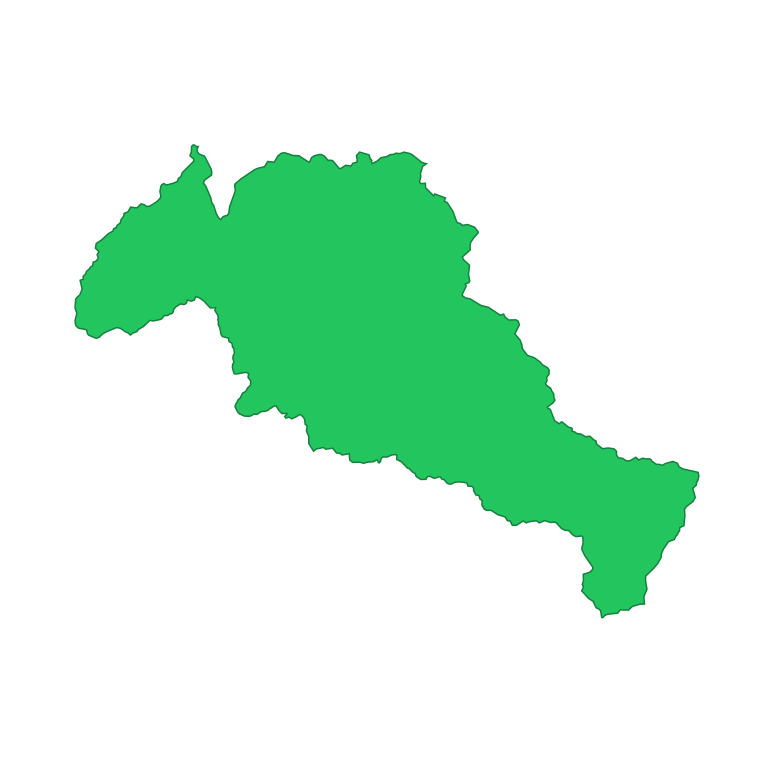 Mae Tha, Lamphun, Thailand (Albers equal-area conic projection), rotated 79°
{"feature_id": "78962969B72300277580274", "entity_name": "Mae Tha", "entity_type": "district", "adm_level": 2, "iso_a3": "THA", "parent_name": "Thailand", "parent_adm1": "Lamphun", "projection": "albers", "projection_center": [99.085, 18.376], "detail": "fine", "context": "isolated", "style": "filled", "palette": "green", "viewbox_px": 768, "rotation_deg": 79, "n_neighbors": 0, "source": "geoboundaries", "source_scale": "gbopen_adm2", "svg_char_len": 6165}
<svg xmlns="http://www.w3.org/2000/svg" viewBox="0 0 768 768"><g transform="rotate(79 384 384)"><path d="M224.2,662.5L233.2,662.2L238.5,665.6L240.5,669.1L242.2,670.6L250.5,672.8L255.9,672.0L262.4,675.0L266.2,675.5L268.4,675.1L270.9,673.2L273.9,665.7L278.3,665.4L279.8,664.5L284.3,657.7L283.8,654.7L281.3,650.9L279.8,646.7L277.6,635.7L279.0,632.2L283.5,627.8L285.0,625.4L287.5,623.7L286.0,620.4L285.4,616.5L283.7,614.8L281.7,609.3L276.9,601.6L278.1,598.4L278.0,591.0L277.6,589.8L274.9,586.7L275.5,583.3L274.4,580.9L274.5,578.9L272.9,577.1L270.9,576.4L268.6,573.8L266.5,568.5L267.8,565.4L267.5,563.7L266.7,562.3L264.0,561.2L265.9,557.5L265.4,554.0L262.2,552.2L264.0,549.0L268.1,545.0L276.2,540.1L277.0,534.8L279.4,536.0L284.7,534.1L288.1,534.0L288.8,534.8L291.8,534.7L293.9,535.4L297.3,534.5L304.3,534.5L306.6,533.6L309.4,527.8L312.5,528.1L315.1,525.5L319.0,525.6L320.7,524.6L325.2,525.0L327.5,526.7L329.9,527.5L333.8,527.2L335.9,528.8L339.0,529.7L344.6,529.3L345.5,528.8L346.0,527.1L346.2,517.1L347.9,514.9L351.6,516.2L355.6,514.3L359.5,515.2L362.2,519.0L365.0,521.3L366.0,524.7L370.2,527.7L371.6,530.2L376.9,534.3L378.3,534.5L383.2,533.1L385.8,531.6L388.9,527.1L390.0,522.5L389.8,520.1L388.8,517.9L389.6,514.3L387.7,510.1L388.1,505.1L387.5,502.2L386.3,500.8L386.0,499.0L384.8,496.8L384.8,494.0L389.2,492.6L393.5,489.9L394.4,485.0L395.1,485.0L397.1,487.7L398.7,486.9L398.5,483.3L400.6,481.2L399.1,475.4L397.9,472.9L398.4,471.6L401.2,469.5L403.9,468.6L408.3,469.1L410.7,467.5L415.3,469.1L421.3,467.9L428.1,469.2L436.5,466.0L434.8,462.9L434.8,455.6L436.9,453.6L437.2,446.8L442.7,443.7L443.7,440.6L445.7,438.6L445.8,431.4L452.1,432.2L455.0,429.7L456.1,422.7L457.9,419.3L457.6,414.5L458.3,409.4L457.2,406.0L457.6,405.0L460.2,404.5L460.5,403.7L459.6,402.4L456.4,400.8L455.4,399.1L456.3,394.7L455.1,389.8L455.6,385.8L457.0,384.9L460.5,386.0L463.8,381.6L471.0,377.1L471.9,375.4L475.8,372.9L477.9,370.5L481.0,370.0L484.7,366.2L485.6,361.0L483.5,359.3L483.2,358.2L483.6,356.1L486.2,352.8L485.7,347.0L486.4,346.1L488.2,345.6L489.6,343.1L493.4,341.0L494.7,339.0L495.1,337.3L494.0,333.1L494.3,329.4L496.0,323.7L497.3,321.4L500.4,321.0L501.2,317.4L502.1,316.4L503.6,316.0L505.9,316.4L510.5,314.9L511.6,312.0L515.0,311.9L517.2,310.0L521.7,311.0L525.9,309.5L527.6,307.5L528.4,303.0L534.0,297.2L537.5,290.6L541.7,288.9L542.7,286.2L546.6,285.3L547.4,284.5L547.9,280.7L545.0,273.6L547.4,270.8L546.9,267.4L547.3,260.5L550.0,258.0L548.8,252.5L551.7,246.9L552.1,243.2L553.0,241.4L559.7,237.4L562.1,234.3L563.1,230.6L567.6,227.9L570.4,224.9L570.9,219.1L572.0,218.0L578.1,218.9L582.5,221.0L584.6,221.3L590.9,219.6L604.0,213.9L605.9,214.7L608.1,218.1L608.8,224.7L615.5,225.8L618.4,227.5L621.3,227.0L624.8,229.4L633.5,224.1L637.3,220.2L644.2,218.4L645.9,215.9L648.1,214.6L654.7,214.9L655.1,213.7L653.3,211.3L652.7,208.4L653.5,198.2L650.8,195.3L652.6,187.1L649.7,182.6L649.0,174.7L649.7,170.3L642.4,169.5L635.6,165.0L627.2,164.8L622.5,163.8L616.1,154.0L612.1,149.2L607.0,144.9L603.8,144.2L599.5,141.3L593.0,134.7L592.0,128.6L588.7,126.2L588.0,124.8L586.0,123.6L584.7,122.0L581.4,121.0L580.3,116.6L570.4,113.7L564.5,113.0L562.0,110.5L558.3,103.1L554.8,100.1L545.4,100.8L542.9,96.8L540.2,95.9L538.6,94.3L534.4,92.5L530.7,92.5L524.3,107.0L521.6,110.1L517.8,111.1L515.1,115.2L515.8,123.0L516.9,126.4L515.5,128.9L514.7,132.2L510.7,135.8L508.9,136.5L508.0,138.0L507.4,141.8L506.2,144.1L507.1,148.6L504.0,150.7L506.2,156.9L506.2,158.6L505.3,161.2L502.4,164.1L501.2,168.1L497.7,169.3L494.5,168.6L491.5,170.6L489.6,176.1L489.2,181.8L483.4,186.9L480.4,186.7L478.9,188.6L474.5,191.9L474.2,196.3L470.7,200.2L469.4,204.2L467.7,205.6L466.1,208.4L464.1,207.8L463.1,208.1L461.4,211.4L455.4,216.2L455.1,217.2L456.5,219.5L452.6,223.5L440.7,225.6L439.1,227.6L437.8,228.0L434.8,221.7L432.4,219.3L429.8,219.8L425.7,219.3L423.2,220.6L419.8,221.3L416.1,224.9L414.5,225.3L411.7,223.3L408.6,223.1L405.9,220.2L401.9,219.2L399.1,220.5L395.6,224.6L392.4,226.4L386.8,231.6L383.3,237.7L375.7,241.5L371.9,241.2L366.8,242.0L359.8,246.0L351.7,239.8L348.0,240.3L346.2,242.2L345.1,248.8L344.4,249.9L341.2,252.5L338.2,253.2L338.6,256.8L328.6,266.9L325.5,273.7L316.7,283.4L315.0,287.8L312.1,290.2L310.7,289.9L303.6,284.6L301.2,285.0L300.7,281.3L299.2,280.1L292.8,280.2L283.7,277.4L277.5,282.0L275.3,282.8L274.1,282.6L268.9,273.8L264.3,273.1L261.3,271.7L257.9,268.3L253.7,262.8L252.8,262.5L247.4,265.1L243.4,271.5L243.2,276.9L240.8,278.6L240.0,280.7L238.9,281.6L227.4,283.5L217.9,287.4L216.2,290.0L213.1,288.2L207.1,297.9L208.8,299.3L199.4,305.7L194.8,305.1L194.5,309.3L193.6,310.0L192.3,310.6L187.5,308.3L184.5,308.1L177.8,304.6L175.9,300.3L173.9,304.4L164.2,312.7L162.6,314.8L160.2,320.2L160.9,324.2L159.7,328.3L160.4,330.6L160.0,334.5L161.2,337.2L161.3,344.0L163.8,347.9L165.3,353.3L164.1,354.0L162.1,353.3L159.8,354.6L156.2,354.9L151.7,363.7L154.6,367.5L158.9,367.5L161.1,368.4L161.4,372.6L163.8,374.7L162.0,379.9L164.1,385.0L164.1,386.7L155.2,391.6L154.4,392.9L153.7,396.4L149.2,398.8L146.8,401.7L146.3,404.7L146.8,409.4L148.1,412.0L151.9,414.7L151.9,415.5L143.7,424.0L142.4,429.5L138.1,437.2L137.8,440.5L139.7,444.5L145.3,449.4L143.4,455.7L147.9,459.8L148.1,466.5L149.0,470.3L155.6,485.8L159.3,492.1L160.4,492.7L165.8,493.0L180.5,501.7L186.8,503.8L188.4,505.6L189.0,510.0L191.4,513.0L189.3,514.7L184.3,516.2L176.3,517.1L173.1,518.5L168.1,518.5L164.4,519.3L155.8,521.2L152.1,522.9L149.7,521.3L146.1,513.5L143.5,512.7L139.8,512.7L126.1,516.7L122.9,521.6L120.9,522.8L118.0,522.8L115.4,521.1L115.2,522.9L113.3,524.4L112.9,525.8L114.0,527.5L119.7,529.0L122.5,530.8L123.7,530.6L126.5,527.9L129.0,528.3L138.1,541.7L141.8,543.9L142.8,546.5L145.7,548.1L146.7,552.3L147.1,558.3L146.9,559.9L145.2,561.9L146.0,564.2L147.3,565.3L152.1,567.2L156.8,567.2L158.8,568.1L161.5,571.8L164.5,579.4L164.6,583.1L162.3,585.0L160.8,588.1L164.0,593.0L162.0,599.0L166.2,602.5L166.9,606.5L169.7,607.6L172.5,610.8L175.6,612.2L177.3,615.6L179.3,617.0L180.0,619.8L182.2,620.9L183.8,625.8L188.8,634.0L191.1,639.6L195.6,641.4L199.6,638.5L202.4,641.0L204.7,640.4L206.5,640.8L208.5,643.5L208.9,646.2L212.2,647.4L213.1,649.6L214.8,651.3L216.6,654.5L219.3,656.1L220.8,658.7L223.7,659.1L224.2,662.5Z" fill="#22c55e" stroke="#15803d" stroke-width="1.5"/></g></svg>